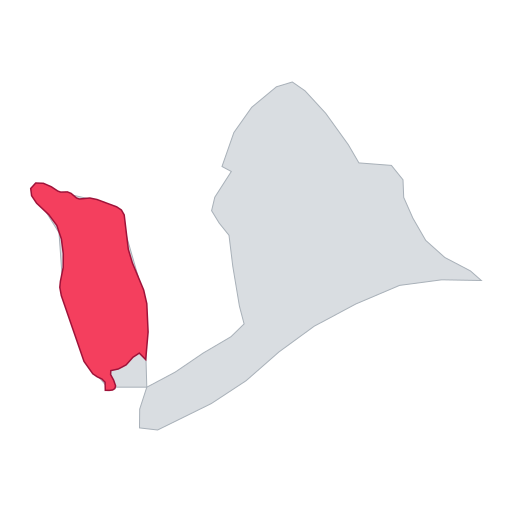 Temburong on a map of Brunei (orthographic projection), rotated 180°
{"feature_id": "BRN-1183", "entity_name": "Temburong", "entity_type": "District", "adm_level": 1, "iso_a3": "BRN", "parent_name": "Brunei", "parent_adm1": "", "projection": "orthographic", "projection_center": [115.184, 4.611], "detail": "fine", "context": "in_parent", "style": "filled", "palette": "rose", "viewbox_px": 512, "rotation_deg": 180, "n_neighbors": 0, "source": "natural_earth", "source_scale": "10m", "svg_char_len": 1498}
<svg xmlns="http://www.w3.org/2000/svg" viewBox="0 0 512 512"><g transform="rotate(180 256 256)"><path d="M365.2,124.8L336.8,139.9L308.9,158.9L281.0,175.3L267.9,188.1L272.6,206.0L279.2,245.6L283.0,276.7L292.8,288.9L300.4,301.3L297.2,314.8L280.7,340.5L290.0,345.5L278.1,379.5L260.3,404.7L235.6,425.2L219.7,430.0L207.0,421.2L186.3,398.7L163.7,367.3L153.1,349.1L120.6,346.6L109.0,332.2L108.3,314.6L99.1,293.8L86.3,271.6L67.2,254.5L41.6,241.1L30.7,231.5L70.3,232.2L112.5,226.6L156.0,208.1L197.8,185.8L233.0,160.1L265.9,131.3L300.6,108.5L354.4,82.0L372.5,84.1L372.3,102.9L365.2,124.8ZM404.6,124.8L414.5,136.3L435.1,176.8L448.6,217.4L453.0,279.3L469.5,305.7L466.9,311.1L456.9,315.5L441.6,317.4L415.2,311.4L393.1,302.3L373.8,235.3L365.2,197.4L366.0,152.2L365.2,124.8L404.6,124.8Z" fill="#d9dde1" stroke="#a8b0b8" stroke-width="1"/><path d="M406.7,121.7L406.9,129.7L410.1,133.0L414.8,135.2L419.2,138.2L428.0,150.6L450.7,216.4L452.2,224.7L451.6,230.7L448.8,244.5L448.7,258.2L450.6,273.0L455.2,286.6L463.2,297.3L475.4,308.8L480.4,316.3L481.3,323.5L476.3,329.0L468.6,328.7L460.6,325.2L454.3,321.0L451.3,319.9L444.6,320.1L440.9,318.6L435.5,314.0L432.6,313.0L422.2,314.0L415.0,312.5L395.2,305.1L390.6,302.0L387.8,297.1L383.7,262.7L379.6,249.0L368.3,221.9L365.2,208.3L363.9,180.0L366.3,152.4L372.7,158.9L379.0,154.8L385.9,147.1L393.7,143.0L401.2,141.4L401.4,137.4L398.4,131.9L396.4,126.1L397.2,123.4L399.4,122.0L402.7,121.6L406.6,121.7L406.7,121.7Z" fill="#f43f5e" stroke="#9f1239" stroke-width="1.5"/></g></svg>